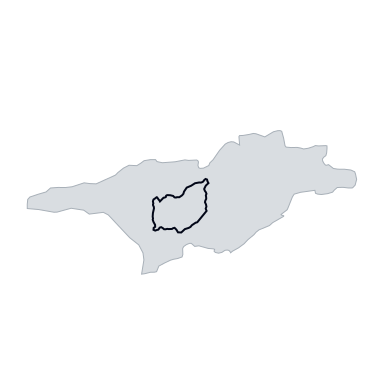 Georgia, with Imereti highlighted, rotated 331°
{"feature_id": "GEO-3030", "entity_name": "Imereti", "entity_type": "Region", "adm_level": 1, "iso_a3": "GEO", "parent_name": "Georgia", "parent_adm1": "", "projection": "equal_earth", "projection_center": [42.964, 42.165], "detail": "fine", "context": "in_parent", "style": "outline", "palette": "ink", "viewbox_px": 384, "rotation_deg": 331, "n_neighbors": 0, "source": "natural_earth", "source_scale": "10m", "svg_char_len": 3332}
<svg xmlns="http://www.w3.org/2000/svg" viewBox="0 0 384 384"><g transform="rotate(331 192 192)"><path d="M196.3,263.9L196.4,262.8L196.0,261.0L194.6,259.8L192.6,259.0L188.9,259.3L185.6,258.4L183.1,256.2L182.6,254.5L184.0,253.1L183.0,252.0L178.8,249.2L171.9,242.4L168.0,240.9L166.5,236.6L164.9,235.7L161.7,235.3L158.2,235.7L157.5,236.2L156.4,236.9L153.7,242.2L151.8,244.0L147.1,243.2L143.3,241.9L140.1,241.2L134.0,240.8L127.1,240.7L122.4,244.5L120.4,244.0L116.9,242.1L111.2,240.6L108.1,239.4L117.0,228.1L119.6,221.5L119.7,217.4L119.8,212.4L115.4,201.9L111.6,187.0L107.7,171.5L104.6,166.8L91.4,161.5L88.5,155.4L78.4,147.6L64.3,144.2L61.5,142.8L49.4,133.0L39.9,126.6L42.0,122.8L44.8,118.8L47.8,117.8L56.4,119.4L64.4,121.2L70.2,119.9L77.1,123.1L83.4,126.7L89.7,129.3L102.1,131.7L106.7,135.1L112.1,138.4L133.2,140.1L135.0,139.6L136.5,139.1L143.6,137.9L149.9,138.1L156.5,142.2L160.8,142.0L165.3,141.4L171.2,143.5L175.8,146.0L176.1,148.4L180.2,152.0L191.9,157.4L201.4,160.5L204.3,162.7L211.6,166.3L212.3,167.4L212.2,168.9L210.1,171.6L209.6,174.0L210.6,175.3L213.6,176.7L219.5,177.0L221.7,175.2L226.1,174.0L230.5,171.8L236.4,168.9L244.3,166.2L247.5,166.2L250.6,167.0L252.8,168.5L256.4,174.0L259.9,166.3L260.9,165.7L264.1,167.3L270.0,169.4L274.0,170.5L276.2,172.1L282.4,179.1L292.4,178.8L296.6,179.9L298.8,181.0L299.9,182.4L298.2,189.4L295.8,196.6L296.1,198.4L300.1,201.1L305.6,204.0L308.5,206.4L310.5,208.5L314.9,210.1L320.0,211.1L322.4,211.2L324.9,213.0L331.5,216.3L332.4,217.1L331.3,219.2L328.7,223.1L326.7,225.1L324.4,225.4L322.1,226.3L321.3,228.3L321.3,231.0L321.7,233.0L322.3,233.7L324.7,234.3L327.1,240.0L330.7,242.8L336.5,246.1L341.6,249.8L344.1,253.2L343.7,255.6L342.1,260.8L338.0,265.1L334.5,266.2L333.2,265.7L330.9,264.4L326.3,261.1L321.2,258.5L317.4,259.3L314.9,260.3L309.8,259.2L303.9,256.9L300.8,254.7L299.4,253.0L300.3,250.1L286.8,244.9L280.3,243.4L277.4,245.0L267.7,252.9L266.5,253.7L259.0,254.8L259.0,255.5L260.7,257.2L260.4,257.7L247.7,257.9L243.5,258.9L232.3,257.6L228.6,258.2L225.4,259.4L217.8,260.8L212.5,262.5L205.7,263.4L198.7,263.4L196.3,263.9Z" fill="#d9dde1" stroke="#a8b0b8" stroke-width="1"/><path d="M210.2,187.2L211.2,188.4L210.7,190.3L210.7,192.2L207.2,193.1L205.0,194.6L204.1,195.3L204.0,196.0L203.8,197.0L204.0,198.9L203.8,200.5L203.6,200.7L203.5,200.8L203.3,201.0L202.5,201.6L201.9,203.3L201.1,204.9L199.6,205.9L198.4,207.2L198.2,209.7L197.5,211.8L195.9,213.2L195.6,215.6L182.0,221.0L181.2,220.9L180.4,220.6L175.7,221.0L173.8,221.8L171.7,221.8L167.8,221.0L163.0,222.2L160.2,220.5L160.1,217.5L159.4,214.9L158.0,214.5L156.6,214.6L155.7,214.2L154.8,213.7L153.6,213.1L152.4,212.2L150.8,211.8L149.5,211.0L148.9,209.3L148.0,207.8L146.4,207.5L145.0,208.3L144.2,208.6L143.4,208.3L141.1,207.9L140.0,206.4L141.1,204.8L142.9,204.6L143.8,202.8L143.8,199.6L144.2,197.2L145.1,196.2L145.6,194.6L147.6,191.5L150.8,187.9L151.4,186.5L151.5,184.8L151.9,183.9L152.6,183.3L153.3,181.2L154.7,179.9L157.0,179.7L157.8,179.5L158.7,179.5L159.0,180.8L159.1,182.3L159.4,183.5L159.4,184.7L164.3,183.2L165.4,183.6L166.6,183.7L167.6,182.7L168.8,182.7L171.3,184.2L173.6,186.3L174.1,188.2L175.3,189.1L176.2,189.2L178.4,190.4L181.7,190.1L183.6,189.4L185.2,187.8L189.5,185.6L194.3,186.1L198.9,185.8L201.8,186.8L202.8,187.1L204.4,188.1L206.2,188.4L207.5,188.0L208.7,187.4L210.2,187.2Z" fill="none" stroke="#020617" stroke-width="2"/></g></svg>